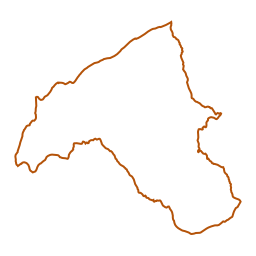 the district of Laga, Baucau, East Timor
{"feature_id": "22284137B62238566078682", "entity_name": "Laga", "entity_type": "district", "adm_level": 2, "iso_a3": "TLS", "parent_name": "East Timor", "parent_adm1": "Baucau", "projection": "equal_earth", "projection_center": [126.658, -8.504], "detail": "fine", "context": "isolated", "style": "outline", "palette": "amber", "viewbox_px": 256, "rotation_deg": 0, "n_neighbors": 0, "source": "geoboundaries", "source_scale": "gbopen_adm2", "svg_char_len": 5833}
<svg xmlns="http://www.w3.org/2000/svg" viewBox="0 0 256 256"><path d="M240.6,201.7L240.0,200.5L238.8,199.5L236.0,198.5L234.0,197.6L233.0,196.8L232.6,195.8L232.5,194.6L232.0,193.2L231.3,192.0L231.2,190.8L230.8,189.6L231.1,187.4L230.6,185.8L230.9,184.7L230.9,184.2L230.6,183.7L229.9,183.1L229.7,181.8L229.3,181.3L229.1,179.8L228.7,179.2L228.6,178.0L228.1,176.8L227.4,176.4L227.0,174.7L225.5,173.4L224.8,172.5L224.5,172.0L224.1,170.2L223.9,168.6L223.3,167.8L223.2,167.2L221.9,167.2L220.9,166.8L217.6,164.8L214.5,163.9L213.8,164.0L213.4,163.8L213.1,163.4L212.2,163.2L211.9,162.9L211.3,161.7L209.8,160.8L208.4,158.7L207.9,159.0L207.3,158.9L207.1,158.6L206.9,155.5L205.5,153.7L205.1,153.9L204.3,153.9L203.0,153.4L201.0,151.0L200.4,150.7L199.6,150.9L198.5,152.1L198.1,151.9L198.0,151.5L198.0,151.0L198.3,150.3L199.5,149.1L199.4,148.4L198.6,147.0L198.6,146.1L198.8,144.6L198.8,143.7L197.6,140.5L197.7,139.9L198.1,138.8L198.3,137.4L198.2,134.9L198.0,132.2L198.1,131.1L198.7,129.3L199.1,129.1L200.3,129.1L202.1,129.6L202.7,129.3L202.7,127.7L204.1,126.5L204.4,126.5L205.2,127.2L205.8,127.2L206.2,126.8L206.5,125.1L206.4,123.8L206.4,122.6L207.0,121.4L207.9,120.5L208.1,118.7L208.7,118.1L210.4,117.3L211.5,117.2L214.0,117.8L215.9,119.0L216.7,119.1L218.1,117.8L218.9,116.5L220.3,115.2L220.9,114.2L221.1,113.5L220.3,113.1L219.4,113.6L218.9,113.6L217.8,113.0L216.7,113.6L216.0,114.4L215.7,114.3L215.3,113.9L215.1,113.3L212.3,108.8L211.7,108.1L211.0,108.3L210.6,108.2L210.0,107.7L209.6,107.0L208.9,107.0L208.1,106.6L207.2,106.7L205.7,107.2L204.7,107.2L204.1,106.6L202.4,105.9L201.3,104.9L199.6,103.2L198.4,102.7L197.3,102.0L196.0,101.7L194.7,100.7L193.3,98.8L191.8,98.1L191.6,97.4L191.6,95.1L191.3,93.4L190.5,91.6L188.9,88.4L187.0,82.3L187.8,80.3L187.8,79.0L187.5,78.0L186.3,75.7L185.7,73.3L184.9,71.9L183.8,70.6L183.4,69.7L183.1,69.4L183.7,65.9L183.6,65.4L183.0,64.6L183.0,64.2L183.4,62.7L181.3,57.8L180.8,55.7L181.1,55.0L181.7,54.0L181.8,52.5L182.7,51.7L182.5,50.9L182.1,50.4L182.0,49.9L182.3,48.5L182.1,48.1L181.2,47.4L180.7,45.7L180.2,44.9L179.7,44.4L179.7,43.2L179.6,42.8L179.2,42.5L178.4,40.3L177.4,39.4L176.5,39.2L175.9,38.2L175.0,37.3L173.6,36.9L172.7,35.2L172.7,33.4L172.3,32.2L171.8,31.1L171.4,30.6L170.8,29.3L170.6,27.1L171.3,25.1L171.2,24.5L171.4,23.5L171.2,22.0L170.1,22.7L166.1,24.9L161.5,26.8L160.5,27.1L159.9,26.9L158.1,27.3L155.4,28.5L152.9,28.9L151.3,29.6L148.1,31.5L144.8,34.0L140.4,36.8L137.7,38.3L137.2,38.3L136.1,38.9L135.6,38.8L135.2,38.5L133.1,39.6L129.9,41.9L124.3,47.3L121.5,49.4L120.3,51.1L117.2,54.1L114.4,56.0L110.2,58.0L107.2,58.3L103.8,59.1L102.8,59.8L100.3,60.8L98.7,62.0L97.1,62.5L94.4,63.1L88.1,66.9L87.1,67.8L84.5,69.4L81.5,72.5L80.4,74.0L79.7,74.6L78.5,76.3L77.8,77.1L75.3,80.9L74.3,82.1L73.5,82.8L73.1,83.0L72.1,82.9L70.5,81.9L69.6,81.8L68.3,82.8L66.2,83.9L65.2,84.2L63.5,83.2L62.0,82.8L58.9,82.6L58.8,83.0L58.5,83.1L58.2,82.7L57.8,82.6L56.1,83.7L54.4,85.5L53.8,86.4L52.1,87.9L51.6,89.4L50.3,91.7L47.5,95.2L44.7,96.8L43.3,98.9L42.7,99.5L42.1,99.7L41.1,99.9L40.5,99.8L39.1,98.7L38.0,97.1L37.0,96.8L35.9,97.3L36.3,106.0L35.8,108.3L35.7,110.0L35.7,110.8L35.5,112.1L35.2,112.9L35.3,113.6L35.8,114.4L36.0,117.3L35.9,118.3L35.4,119.4L34.2,120.7L32.8,120.6L31.8,121.3L30.9,122.6L29.9,123.8L29.8,124.8L29.5,125.3L27.9,125.5L26.6,126.1L24.6,129.4L23.9,130.1L23.8,130.8L22.9,132.5L22.5,134.2L22.4,136.3L22.2,136.9L20.3,142.4L19.7,145.0L17.7,151.1L17.7,152.0L16.0,154.3L15.6,155.0L15.4,156.4L15.4,156.8L15.8,159.4L15.7,161.3L16.0,162.3L16.2,163.8L16.7,164.8L17.6,165.5L17.9,166.0L20.8,163.8L21.2,163.9L21.8,163.4L22.2,162.8L23.2,162.4L24.4,162.3L25.9,162.8L26.7,163.2L28.3,164.9L29.1,166.8L29.6,169.0L30.1,170.2L30.4,170.6L32.8,172.4L35.4,171.4L36.5,169.6L37.3,167.2L38.4,165.1L40.0,163.7L40.7,163.5L43.3,161.2L45.2,159.9L46.6,157.0L48.0,155.9L50.2,154.9L52.0,154.6L57.3,155.1L58.4,155.4L59.2,156.2L59.9,157.2L60.7,157.3L61.4,157.7L62.6,158.0L65.6,158.3L67.5,158.8L67.8,158.7L68.2,158.1L68.7,156.8L68.9,154.9L69.2,154.3L70.2,152.6L71.5,151.2L72.3,150.7L72.5,150.2L73.2,149.6L73.1,148.6L73.2,148.0L73.8,146.6L73.7,144.4L73.9,143.7L74.2,143.3L76.8,143.2L81.1,143.9L82.0,143.6L82.7,142.1L83.1,141.6L83.6,141.7L84.3,142.0L85.2,142.8L85.5,143.5L86.5,142.6L86.9,142.5L87.6,143.2L88.5,143.1L89.3,141.1L91.0,140.2L91.9,140.1L93.3,140.2L93.7,139.6L94.1,139.3L95.2,138.7L96.1,139.1L96.6,139.5L96.9,139.6L98.9,138.8L99.6,138.8L100.0,139.1L100.6,140.2L101.6,142.9L101.8,143.9L102.1,144.2L102.5,144.9L105.7,148.2L108.2,149.2L110.1,151.2L110.9,151.1L112.0,152.0L113.6,154.5L114.5,155.4L115.6,158.7L116.5,159.3L117.4,161.3L118.3,162.0L119.6,163.9L120.7,164.9L123.7,166.6L124.4,167.5L125.3,168.1L125.6,168.8L126.7,169.4L127.4,171.1L128.5,172.5L129.5,174.7L129.9,175.2L131.8,176.4L132.2,176.8L132.5,177.3L133.8,179.4L135.2,184.1L137.4,187.7L137.5,188.9L138.1,189.6L138.3,190.5L138.4,191.9L138.7,192.4L139.2,192.8L140.4,192.8L141.1,193.2L142.4,194.3L143.4,195.9L143.8,196.1L144.3,196.2L145.2,195.6L145.8,196.1L146.3,197.5L147.0,197.9L147.9,197.9L148.2,198.0L148.7,198.3L149.2,199.1L149.7,199.4L152.4,200.3L153.4,199.9L153.6,201.1L154.0,201.6L154.3,201.7L154.6,201.6L155.1,201.1L155.7,200.9L156.5,201.0L157.0,200.4L158.5,200.7L159.3,200.6L159.9,200.4L160.8,201.2L162.9,205.5L165.1,207.1L166.4,207.6L167.1,207.3L167.7,206.7L168.8,206.5L169.5,207.6L169.8,208.6L171.4,210.9L172.1,212.3L172.8,215.5L172.8,217.4L173.0,219.0L173.4,220.0L174.0,220.7L174.4,222.8L175.1,224.7L176.0,226.0L176.7,226.8L178.3,228.2L181.7,230.2L182.6,230.6L184.8,231.1L188.7,232.5L190.7,233.8L191.7,234.0L194.1,233.6L195.8,233.0L199.8,232.8L200.7,232.5L206.5,228.6L208.5,227.5L211.3,226.4L214.7,225.4L216.4,225.3L217.1,225.4L218.8,225.0L220.9,223.4L223.2,221.4L224.8,221.8L225.3,221.5L227.0,220.1L228.0,219.8L230.4,217.9L232.1,216.9L232.4,216.5L233.6,212.5L234.2,211.0L235.6,208.4L235.8,208.1L237.6,207.0L240.6,201.7Z" fill="none" stroke="#b45309" stroke-width="2"/></svg>